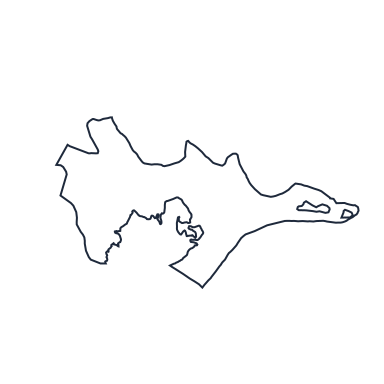 the district of Mitubas, Kafr ash Shaykh, Egypt, rotated 142°
{"feature_id": "37247803B73956026156280", "entity_name": "Mitubas", "entity_type": "district", "adm_level": 2, "iso_a3": "EGY", "parent_name": "Egypt", "parent_adm1": "Kafr ash Shaykh", "projection": "orthographic", "projection_center": [30.507, 31.383], "detail": "fine", "context": "isolated", "style": "outline", "palette": "slate", "viewbox_px": 384, "rotation_deg": 142, "n_neighbors": 0, "source": "geoboundaries", "source_scale": "gbopen_adm2", "svg_char_len": 6079}
<svg xmlns="http://www.w3.org/2000/svg" viewBox="0 0 384 384"><g transform="rotate(142 192 192)"><path d="M282.2,296.9L279.0,293.9L278.1,291.0L278.7,285.5L279.9,283.0L297.8,270.2L294.2,257.8L293.9,254.3L295.6,247.4L298.5,242.6L301.3,239.4L302.8,237.4L304.2,229.1L304.2,225.6L304.8,222.5L306.5,219.6L308.3,217.3L311.7,211.0L313.4,204.2L313.4,201.0L308.1,192.0L304.0,188.8L303.8,189.7L303.0,190.3L303.0,190.6L302.1,190.5L301.3,190.2L300.4,190.8L299.8,192.0L299.6,192.2L299.6,193.1L299.0,193.7L297.9,194.2L297.8,194.5L297.6,195.1L297.6,196.0L297.3,196.3L297.0,197.1L296.1,197.4L295.3,197.4L294.7,196.5L294.4,196.8L294.1,196.8L293.6,197.7L293.6,197.9L293.0,198.2L290.4,198.2L289.0,198.8L288.7,198.8L288.5,199.6L288.2,199.9L285.3,199.9L285.3,199.6L285.9,199.0L283.9,196.4L283.9,195.6L283.6,194.7L283.4,194.4L282.5,195.6L282.2,196.7L281.9,197.0L279.9,197.0L279.4,196.7L278.0,197.5L277.1,198.4L275.7,202.1L275.7,204.4L276.2,205.0L276.5,205.9L277.1,206.1L277.6,207.3L277.3,208.2L277.1,208.4L276.8,208.2L275.6,207.8L275.1,207.0L272.5,205.5L271.7,206.4L270.8,207.5L269.4,207.8L267.4,207.5L264.9,207.5L262.9,207.2L262.3,207.5L261.7,208.0L260.9,208.3L256.0,210.6L255.5,211.1L254.6,211.7L254.3,211.4L252.1,212.0L251.5,212.3L251.2,212.8L251.2,213.1L250.9,213.1L250.3,213.7L249.2,213.4L248.9,213.1L248.4,209.9L248.4,206.5L248.1,206.2L248.1,205.6L247.8,205.0L246.4,203.6L245.6,202.1L245.0,201.6L244.2,199.5L244.2,198.4L243.3,197.5L241.9,196.6L241.0,196.6L238.8,198.1L238.2,198.1L237.6,197.5L237.4,196.9L237.4,194.3L236.8,194.0L235.7,194.3L233.1,195.7L232.5,195.4L232.2,194.8L232.8,194.0L234.5,192.8L235.1,192.9L235.4,192.6L235.7,192.6L235.7,192.0L236.0,191.7L236.0,188.3L236.3,188.0L236.8,186.5L236.5,186.0L236.0,186.0L235.4,186.2L234.8,186.8L234.0,188.0L232.8,191.1L231.4,192.5L230.3,193.4L228.8,193.7L228.6,193.1L228.0,192.8L227.1,192.8L226.3,193.1L223.2,196.2L221.4,198.5L219.4,200.5L217.7,200.5L216.6,199.9L211.2,198.1L207.5,197.2L206.4,196.3L206.1,195.2L205.0,192.6L205.0,191.4L205.3,190.6L205.6,188.9L205.6,186.3L205.3,185.4L205.3,181.4L205.9,179.9L206.2,178.2L206.2,175.1L206.5,174.5L206.5,174.2L207.1,173.6L207.4,173.1L207.9,172.5L208.5,172.2L209.6,171.9L209.9,171.6L210.5,171.6L212.2,169.1L213.3,169.4L213.9,169.9L214.2,170.0L214.7,171.4L216.7,172.6L218.1,173.1L219.0,173.7L219.8,175.8L220.1,176.9L220.1,177.5L218.7,179.2L218.4,179.8L217.5,180.0L217.5,180.3L218.7,180.6L223.0,176.9L225.5,173.5L226.1,172.9L227.0,171.5L227.5,169.2L227.5,166.9L227.3,165.7L226.7,165.2L223.3,166.3L221.6,166.3L221.3,165.7L221.6,164.5L221.9,163.7L222.4,162.8L223.3,160.5L223.0,160.2L222.2,160.0L221.9,159.7L220.8,159.1L219.9,158.5L219.3,157.9L218.5,157.9L218.2,157.6L218.2,156.2L217.7,155.0L217.7,154.4L217.4,153.9L217.1,153.9L216.2,154.4L214.5,157.0L214.2,158.2L214.2,158.7L215.1,161.0L215.1,161.9L215.3,162.5L215.9,162.8L217.0,164.8L217.0,165.7L216.5,166.2L215.6,166.5L215.3,166.8L214.8,166.5L214.2,165.9L213.6,165.1L213.4,164.2L212.5,163.3L211.7,162.7L207.4,161.3L206.8,160.7L206.8,159.5L207.1,159.0L207.4,156.7L207.7,155.8L207.7,154.7L208.0,153.5L208.3,152.9L209.1,152.4L210.6,152.1L213.7,151.0L214.5,151.0L215.1,150.7L217.1,150.7L218.0,151.3L218.5,151.9L218.8,152.4L221.3,154.2L221.9,155.1L223.0,155.1L223.6,153.9L223.6,153.3L221.6,151.3L220.0,148.7L220.2,147.3L220.5,147.3L220.8,147.0L221.1,147.0L221.7,147.6L222.8,148.2L223.1,147.9L223.9,147.6L224.8,147.6L226.2,147.6L227.9,148.2L229.6,148.2L231.0,147.9L232.2,147.4L233.0,146.8L233.6,146.2L235.0,145.4L239.6,145.4L241.0,144.9L241.8,144.9L242.7,145.2L244.1,145.2L245.2,145.5L246.1,145.5L248.1,146.1L249.2,146.1L250.6,146.7L254.6,147.6L253.8,145.0L249.6,133.4L247.0,125.1L245.1,120.2L243.3,115.0L242.7,110.3L239.4,111.2L236.6,111.7L233.5,112.3L230.3,112.6L228.9,113.1L222.1,114.8L216.3,116.5L213.6,117.0L213.3,117.3L211.3,117.9L207.6,118.4L202.6,120.5L200.5,121.2L198.8,121.2L195.9,121.5L190.0,122.6L187.1,123.7L181.7,125.4L178.6,125.6L175.9,125.6L166.7,122.6L153.3,119.5L136.6,112.0L133.5,109.7L131.2,107.7L129.5,106.5L126.4,103.6L122.7,101.0L118.8,97.5L117.4,96.6L114.5,94.0L112.0,92.6L106.3,88.5L104.9,87.0L103.8,85.6L97.8,79.5L93.6,76.3L91.9,75.4L89.6,74.6L87.9,74.2L86.2,74.2L82.2,73.6L81.1,73.3L77.4,73.3L76.3,73.0L74.3,73.6L73.7,74.1L72.3,74.7L71.1,76.7L70.6,78.1L71.7,81.3L73.1,82.2L75.1,84.5L77.3,87.4L78.5,89.4L85.1,94.3L84.7,99.4L87.1,102.0L86.8,102.6L89.6,113.0L91.0,115.6L93.7,119.5L97.6,125.7L99.6,127.9L101.3,130.8L105.2,134.9L105.8,135.0L110.2,134.9L114.5,134.3L118.7,134.7L121.7,135.2L124.0,136.1L128.4,137.4L130.8,138.5L132.9,139.7L137.9,145.7L139.2,147.6L140.7,155.5L141.1,160.9L141.0,163.6L140.6,165.8L140.0,168.1L139.9,169.9L139.4,170.8L139.0,172.0L138.8,173.4L138.8,176.5L137.3,184.6L134.5,190.8L133.5,192.6L133.3,193.4L133.8,195.2L136.1,196.9L137.7,197.1L142.4,197.3L143.9,196.9L148.0,194.3L148.9,194.0L150.6,194.0L151.9,194.1L152.7,195.0L156.5,200.4L157.4,202.1L158.2,208.6L159.3,211.7L159.5,217.3L160.4,222.7L161.2,226.1L162.1,228.9L163.2,231.3L163.5,233.0L163.5,234.6L164.3,235.0L165.4,235.0L166.5,233.9L168.0,232.6L172.8,227.8L175.5,224.0L177.7,223.6L179.3,223.5L181.7,223.5L184.1,223.7L188.3,225.4L193.2,227.1L197.8,229.3L198.8,230.4L199.4,232.3L201.9,234.9L204.7,237.1L207.0,238.5L211.9,243.8L212.6,245.6L212.7,247.4L212.6,252.8L212.1,255.5L212.3,257.8L212.8,259.6L212.9,261.5L212.1,266.1L211.3,269.1L210.6,275.6L210.8,277.6L211.2,279.4L211.4,280.8L212.1,282.2L212.3,287.6L211.9,288.9L211.2,290.1L211.0,293.5L210.5,296.9L209.5,299.7L209.2,300.1L210.5,301.1L212.8,302.0L217.0,304.3L220.4,305.2L221.8,306.1L222.9,307.5L224.6,310.1L225.5,310.7L229.2,311.0L232.0,310.5L233.9,308.7L238.0,298.1L238.3,295.0L240.1,283.5L240.7,281.8L242.4,280.6L243.8,281.5L247.5,284.7L248.6,285.3L249.7,286.2L260.2,303.5L261.0,305.8L282.2,296.9ZM119.1,112.0L119.6,113.8L117.9,115.0L116.8,115.0L114.1,113.4L111.9,113.7L110.4,114.7L107.8,114.5L105.3,107.3L103.5,103.5L101.3,103.2L96.9,102.0L94.1,98.0L93.6,94.7L94.3,93.5L97.0,92.0L99.7,93.4L103.4,98.3L106.1,99.8L108.4,102.4L113.6,107.5L119.1,112.0ZM84.1,83.7L82.4,83.8L80.4,80.6L78.9,77.5L79.6,74.7L83.2,74.7L90.0,79.8L85.3,82.5L84.1,83.7Z" fill="none" stroke="#1e293b" stroke-width="2"/></g></svg>